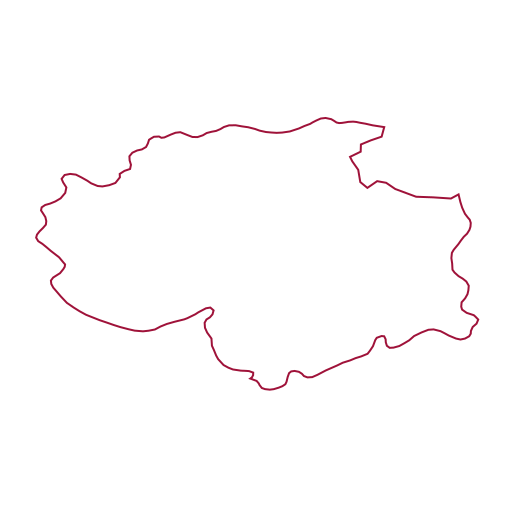 Krychaw, Mogilev, Belarus, rotated 357°
{"feature_id": "67162791B56678014739115", "entity_name": "Krychaw", "entity_type": "district", "adm_level": 2, "iso_a3": "BLR", "parent_name": "Belarus", "parent_adm1": "Mogilev", "projection": "natural_earth1", "projection_center": [31.63, 53.734], "detail": "fine", "context": "isolated", "style": "outline", "palette": "rose", "viewbox_px": 512, "rotation_deg": 357, "n_neighbors": 0, "source": "geoboundaries", "source_scale": "gbopen_adm2", "svg_char_len": 3250}
<svg xmlns="http://www.w3.org/2000/svg" viewBox="0 0 512 512"><g transform="rotate(357 256 256)"><path d="M461.5,205.1L453.7,208.8L436.0,206.7L419.0,205.2L398.6,196.4L389.8,189.7L380.9,187.6L370.8,193.8L364.0,187.6L362.6,175.3L357.1,166.5L355.1,161.9L366.0,157.3L366.6,150.1L376.8,146.5L387.7,143.4L390.8,134.0L379.3,131.6L372.2,129.6L366.9,128.4L363.2,127.4L360.0,126.9L355.0,126.9L352.7,127.2L348.7,127.6L345.9,127.6L343.4,126.9L341.0,125.1L338.3,123.3L332.7,121.8L327.9,122.1L323.2,123.9L319.4,125.6L317.0,126.9L311.2,128.7L305.5,130.9L296.3,133.4L288.6,134.1L283.1,134.1L277.9,133.5L272.4,132.7L266.2,131.0L261.7,129.1L254.9,127.0L248.7,125.8L242.7,124.4L236.0,124.1L230.7,125.5L227.1,127.4L222.7,129.0L218.2,129.6L213.2,130.6L209.2,132.7L203.8,134.2L198.7,133.8L194.0,131.7L186.9,128.4L182.1,128.7L177.2,130.3L170.7,132.8L167.7,133.0L165.4,131.6L160.3,131.6L157.6,133.0L155.3,134.3L153.9,138.0L151.9,141.4L147.6,143.6L142.8,144.4L137.9,146.4L134.8,149.8L134.8,153.9L135.9,158.4L134.8,162.5L129.1,164.1L124.2,166.9L124.2,170.3L119.4,175.7L113.1,177.6L106.3,178.5L101.5,177.8L95.2,174.8L91.5,172.0L85.8,168.4L80.4,165.3L74.7,164.3L69.1,165.1L65.9,168.8L67.3,172.5L70.2,177.6L68.8,183.0L63.9,188.2L58.5,191.0L53.1,192.9L48.2,194.0L46.5,195.0L44.5,196.2L43.7,199.2L45.3,201.9L47.7,206.2L48.4,210.2L47.8,213.7L44.6,217.0L41.1,220.1L38.4,223.2L37.4,226.2L39.3,229.8L43.3,232.7L47.4,236.4L51.4,240.2L59.3,247.0L63.1,252.1L64.9,254.4L64.4,256.8L62.9,259.0L59.4,262.9L56.0,264.8L52.3,266.9L49.9,269.8L50.1,273.2L51.9,277.0L55.4,281.5L59.0,286.2L64.7,292.9L71.2,297.9L76.9,301.9L83.2,305.8L88.2,308.1L96.5,311.9L103.3,314.6L110.4,317.5L116.8,319.9L125.0,322.5L131.0,324.2L139.2,325.3L144.8,325.0L151.2,324.1L157.0,321.4L163.4,319.2L171.3,317.4L181.1,315.5L184.2,314.5L192.4,311.0L195.5,309.2L203.3,305.6L207.7,305.1L210.8,308.1L209.5,312.0L206.8,314.8L203.2,316.8L201.2,320.0L201.3,325.0L203.2,329.9L207.2,336.1L207.3,343.3L209.0,347.6L211.0,353.3L212.8,357.0L217.9,363.2L222.6,366.1L227.0,368.1L234.9,369.7L240.1,370.2L243.1,370.6L247.1,372.3L246.9,374.8L245.6,377.0L243.9,378.1L250.1,380.8L252.1,383.4L252.8,385.1L254.9,388.1L258.0,389.4L262.8,390.2L266.8,389.9L271.7,388.7L275.5,387.4L278.6,385.6L279.9,383.2L281.3,378.5L282.9,374.7L285.1,373.1L288.5,372.8L292.8,373.9L295.7,376.0L297.6,378.4L301.0,379.9L305.8,379.9L311.1,377.9L319.8,373.9L331.2,369.6L337.1,367.1L344.5,365.2L350.1,363.2L355.7,361.8L362.3,359.5L364.8,356.6L368.1,352.2L370.7,346.2L372.3,344.0L377.2,342.5L379.8,342.9L381.1,346.0L381.1,349.0L382.0,352.5L384.7,354.7L388.5,354.7L394.4,353.4L399.5,350.9L404.6,348.2L409.7,344.2L417.3,341.0L424.3,338.7L429.5,338.6L436.3,340.7L440.1,342.9L444.3,345.5L451.4,348.9L455.8,350.1L460.4,349.4L464.7,347.3L466.4,344.8L466.7,342.1L468.7,338.2L472.7,335.1L474.6,331.1L472.0,328.1L470.4,326.5L467.3,325.3L463.4,323.8L459.0,320.3L458.3,317.4L458.9,313.0L461.4,310.5L462.7,309.1L465.2,305.2L466.3,301.3L466.9,296.8L464.7,292.5L461.2,289.4L457.2,286.7L453.4,282.9L451.5,280.0L451.5,273.8L451.0,268.3L451.8,263.1L453.8,260.1L458.6,254.9L461.5,251.2L464.5,247.7L467.9,244.8L470.5,241.1L471.7,238.0L472.2,234.2L471.3,230.9L469.5,228.6L466.9,224.8L465.7,221.8L464.4,218.5L462.9,212.7L461.5,205.1Z" fill="none" stroke="#9f1239" stroke-width="2"/></g></svg>